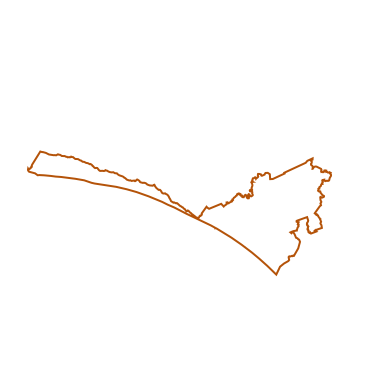 Tampico Alto, Veracruz, Mexico, rotated 148°
{"feature_id": "50627088B55944116291568", "entity_name": "Tampico Alto", "entity_type": "district", "adm_level": 2, "iso_a3": "MEX", "parent_name": "Mexico", "parent_adm1": "Veracruz", "projection": "orthographic", "projection_center": [-97.791, 21.851], "detail": "fine", "context": "isolated", "style": "outline", "palette": "amber", "viewbox_px": 384, "rotation_deg": 148, "n_neighbors": 0, "source": "geoboundaries", "source_scale": "gbopen_adm2", "svg_char_len": 5958}
<svg xmlns="http://www.w3.org/2000/svg" viewBox="0 0 384 384"><g transform="rotate(148 192 192)"><path d="M299.2,306.7L313.1,299.9L314.0,299.2L314.4,298.4L314.8,298.5L315.0,298.2L315.6,298.2L315.9,297.9L316.2,298.0L316.5,297.7L318.0,297.6L318.6,297.9L318.6,298.6L319.3,297.8L319.6,297.0L319.4,295.5L315.2,291.0L314.0,288.0L312.4,287.2L308.4,284.4L303.3,280.5L299.4,277.3L294.9,274.0L283.9,265.0L277.2,259.0L272.3,253.0L270.1,250.8L253.5,236.5L245.9,228.9L239.1,221.4L231.0,211.2L222.6,199.5L219.3,194.1L215.2,188.2L208.3,176.6L193.8,153.8L191.4,149.5L191.5,149.0L191.3,149.0L191.1,148.6L191.3,148.5L190.9,148.6L190.7,148.4L182.7,132.3L177.9,121.1L173.2,108.7L170.3,99.8L167.3,89.5L164.3,77.3L156.9,82.0L151.8,82.6L146.9,82.4L145.6,82.9L144.7,85.3L144.4,85.7L143.8,85.9L143.4,85.8L142.8,85.2L141.2,84.9L141.0,84.5L140.4,84.5L140.3,84.2L140.1,84.1L139.2,84.3L139.1,84.0L131.8,87.9L126.8,92.5L126.5,94.3L126.5,95.0L127.0,95.7L127.1,96.8L128.0,98.1L127.4,101.7L127.4,103.7L128.2,104.8L128.5,105.0L128.7,104.6L129.5,104.3L129.9,105.6L127.8,105.3L127.4,104.9L126.8,105.1L123.5,103.8L123.3,104.4L122.6,104.7L121.3,105.9L119.9,106.4L119.8,107.0L119.0,107.5L119.4,108.4L118.9,108.6L118.7,109.4L117.9,109.5L117.6,109.8L118.1,110.2L118.4,110.8L118.6,111.6L118.9,111.6L118.8,111.9L118.2,112.0L116.2,111.6L107.7,109.7L108.6,106.2L109.4,105.4L110.6,104.9L110.9,104.7L111.1,104.2L111.3,104.2L111.6,103.9L111.9,102.9L111.6,102.7L111.6,101.2L112.2,101.1L112.5,100.2L113.0,99.7L113.3,99.8L113.8,99.3L113.9,98.8L113.5,98.4L113.7,98.0L113.6,97.6L114.1,97.3L114.1,96.8L114.5,96.1L114.0,95.0L113.2,95.2L113.1,93.7L108.1,92.7L108.8,93.7L108.7,94.1L108.0,94.2L107.9,93.9L106.9,94.2L106.6,93.8L106.5,94.0L100.9,92.7L99.8,95.3L99.8,97.2L99.5,97.6L98.3,98.3L97.9,100.4L97.5,101.0L97.8,101.3L97.6,102.1L97.8,102.9L97.8,105.0L97.7,105.1L98.4,106.3L97.8,106.5L97.9,106.9L98.5,107.8L98.8,107.6L99.2,108.9L91.2,112.2L89.6,112.4L89.1,114.3L88.1,114.6L87.5,115.2L87.4,116.9L86.0,119.6L85.4,119.6L85.0,118.6L84.7,118.3L83.0,118.0L82.6,118.1L82.3,118.4L82.2,118.8L83.1,120.4L83.2,122.3L83.4,123.2L82.9,124.5L83.1,124.8L83.7,124.8L84.0,125.1L84.4,126.3L83.6,127.0L83.2,127.2L83.1,127.8L82.6,127.9L82.1,127.6L81.9,128.1L81.2,128.7L80.6,128.6L79.4,128.9L78.7,129.7L78.0,130.0L77.1,129.7L77.0,130.6L76.1,130.8L75.5,132.7L75.0,133.0L73.4,132.4L74.0,131.7L73.5,131.3L73.2,130.6L72.3,130.5L71.6,129.8L70.8,129.6L70.2,129.1L69.4,129.3L67.8,130.9L65.5,132.1L64.8,133.4L65.2,134.5L65.0,134.9L64.4,135.0L65.0,136.0L65.8,136.0L66.4,136.4L66.8,137.7L67.6,137.9L67.5,138.5L66.9,139.1L67.5,139.7L68.4,140.1L69.0,139.5L69.5,139.4L69.8,139.1L70.5,139.4L71.1,140.2L71.7,140.4L71.5,141.3L70.5,142.0L70.3,143.2L72.9,147.5L73.8,148.2L74.7,148.5L75.8,148.4L77.3,147.7L77.5,147.8L76.6,148.8L76.1,149.9L76.1,150.6L76.6,151.6L76.5,152.2L76.2,152.8L75.5,153.0L74.8,153.6L74.3,154.4L74.7,156.0L72.6,155.6L71.9,156.6L77.7,157.3L80.1,156.5L102.4,159.3L103.6,159.4L103.7,158.6L116.6,160.2L118.9,161.5L116.6,165.8L117.6,168.1L119.6,169.2L120.7,168.7L121.2,168.3L124.1,168.7L124.5,169.3L124.2,170.4L125.3,171.6L126.4,172.3L127.3,171.4L127.6,170.1L128.4,169.6L129.6,169.5L130.3,169.6L130.7,169.4L130.4,170.8L131.0,171.1L132.4,170.9L133.2,171.3L134.7,170.0L134.5,169.9L134.7,169.4L135.1,169.2L135.4,168.7L135.2,168.4L136.3,168.9L136.6,168.7L136.5,167.9L137.0,166.0L137.5,165.3L139.6,163.6L139.8,162.1L140.0,161.8L140.7,161.9L141.5,162.8L141.9,162.9L142.2,162.7L142.4,161.9L140.9,160.5L140.9,159.9L141.7,159.0L142.0,157.3L142.3,157.0L143.1,156.9L144.0,156.9L144.7,157.5L144.7,159.5L145.0,160.1L145.8,159.9L146.4,159.3L146.6,158.6L146.6,157.4L146.8,156.8L147.2,156.6L148.0,157.0L148.3,157.5L148.4,158.3L147.8,160.2L148.0,161.1L148.2,161.3L149.1,161.2L150.0,160.6L150.3,160.6L150.9,160.2L151.7,160.7L152.0,161.2L151.4,161.9L151.5,162.6L152.4,162.8L152.5,163.0L152.1,164.2L152.6,164.4L152.3,164.8L152.9,165.2L152.7,165.6L153.1,166.0L153.9,165.9L154.1,166.2L154.6,166.2L154.6,165.7L155.4,165.8L156.0,165.3L156.8,165.4L157.8,165.0L159.6,164.9L161.1,164.1L161.5,164.2L161.6,163.5L162.9,163.7L162.9,162.9L163.1,162.8L165.9,163.2L166.9,163.0L167.3,163.6L167.2,163.7L167.3,164.2L167.4,164.5L168.2,164.8L168.6,163.7L168.9,163.7L169.1,163.3L170.0,163.3L170.3,163.2L171.9,163.2L172.8,162.9L173.5,166.5L186.4,168.7L187.3,170.6L187.5,171.8L195.1,168.7L195.4,167.9L196.3,167.3L197.2,167.6L197.6,167.2L198.3,167.5L199.8,166.6L200.7,166.5L201.5,167.9L202.1,168.4L202.5,170.1L202.8,170.9L203.0,171.0L203.3,172.3L203.6,172.5L204.1,174.8L204.6,175.6L204.7,177.0L205.3,178.5L206.2,178.3L207.0,178.6L207.2,181.4L207.7,182.1L208.0,183.9L208.5,184.5L208.8,185.5L209.5,186.6L210.5,190.3L210.8,190.7L211.5,190.8L212.8,192.8L213.4,192.8L214.6,195.3L214.3,197.7L214.4,198.3L214.1,200.7L214.3,202.7L215.3,204.4L215.4,204.9L215.6,205.2L216.6,205.5L217.6,206.5L217.9,207.6L217.7,208.7L217.9,210.5L218.1,210.9L219.2,211.5L220.1,214.3L220.3,216.6L220.1,217.2L220.1,218.1L220.8,218.3L221.9,218.1L224.5,220.1L226.0,222.1L226.3,223.4L227.0,224.5L227.8,225.3L228.8,225.7L230.5,227.5L230.8,228.1L230.7,229.3L231.7,231.5L232.0,231.7L232.6,231.7L233.7,231.3L234.4,231.3L234.7,231.5L234.9,232.3L237.5,233.5L238.0,234.5L239.1,235.0L240.7,237.0L241.3,239.2L241.9,240.1L242.0,240.9L242.6,242.0L244.9,244.8L245.6,246.4L245.8,247.6L247.4,248.8L248.3,250.5L249.6,251.1L251.0,252.3L252.0,253.6L252.6,254.9L253.1,255.5L253.7,255.8L253.8,256.3L255.5,256.4L256.7,257.4L258.8,258.6L259.3,259.7L259.6,262.5L260.3,263.1L261.5,263.6L261.9,264.5L262.1,265.4L262.1,266.2L262.5,266.7L262.5,267.8L263.2,269.5L263.9,269.7L265.1,271.7L266.3,272.7L267.5,274.7L268.8,275.7L269.3,277.3L269.9,277.8L271.3,280.4L273.3,281.7L273.7,282.3L274.4,284.6L275.6,285.5L275.8,285.8L276.0,285.6L275.9,285.8L276.3,285.9L277.2,286.1L277.5,286.6L279.1,287.3L279.4,288.1L280.1,288.6L280.9,289.9L283.3,291.5L284.1,293.3L285.3,294.4L285.7,295.0L287.8,295.1L288.8,296.0L289.3,296.2L289.8,296.5L293.4,299.6L295.2,302.6L297.4,305.0L297.9,305.2L299.2,306.7Z" fill="none" stroke="#b45309" stroke-width="2"/></g></svg>